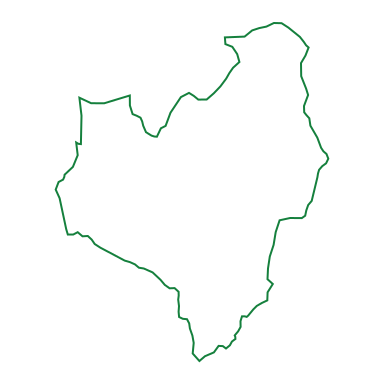 SVG path tracing the border of Anurādhapura
{"feature_id": "LKA-2455", "entity_name": "Anurādhapura", "entity_type": "District", "adm_level": 1, "iso_a3": "LKA", "parent_name": "Sri Lanka", "parent_adm1": "", "projection": "natural_earth1", "projection_center": [80.531, 8.366], "detail": "fine", "context": "isolated", "style": "outline", "palette": "green", "viewbox_px": 384, "rotation_deg": 0, "n_neighbors": 0, "source": "natural_earth", "source_scale": "10m", "svg_char_len": 1812}
<svg xmlns="http://www.w3.org/2000/svg" viewBox="0 0 384 384"><path d="M311.7,200.9L308.2,205.0L306.3,210.4L305.2,215.7L301.8,218.1L290.1,218.0L279.6,220.3L275.7,232.1L273.6,244.9L269.8,256.5L268.0,268.5L267.5,279.2L272.8,284.0L267.6,292.3L267.3,300.4L261.8,303.0L256.8,305.9L253.3,309.4L248.2,315.6L246.7,316.9L244.7,316.3L242.0,316.3L240.5,321.2L240.6,326.9L238.1,331.4L234.7,335.4L235.3,336.8L235.4,339.0L233.7,340.2L231.9,341.6L229.9,345.3L226.0,348.5L222.8,346.1L218.6,345.9L213.9,352.4L205.0,356.2L199.4,361.0L192.7,353.5L193.7,342.9L192.4,335.6L189.9,328.5L189.2,323.4L187.0,319.2L182.8,318.8L179.1,317.0L178.6,311.7L179.0,306.1L178.2,299.6L178.7,295.7L178.6,291.8L174.6,288.1L169.6,288.3L164.8,284.9L160.5,279.8L152.6,272.4L143.8,268.5L138.9,267.7L135.0,264.4L129.9,262.1L124.7,260.6L100.4,247.7L94.7,244.0L91.7,239.6L87.8,236.0L82.5,236.3L77.7,232.2L73.3,234.5L67.8,234.5L66.2,229.1L59.6,198.2L55.7,189.6L58.6,182.0L63.1,179.6L64.3,176.9L64.6,174.7L72.9,166.9L77.7,155.2L76.2,142.5L78.4,143.8L80.9,144.1L81.5,115.7L79.4,97.7L91.1,103.2L104.1,103.3L129.8,95.5L129.9,105.5L132.6,114.1L136.6,115.7L140.5,117.7L142.2,121.5L143.2,125.7L146.0,132.2L151.5,135.6L154.3,136.5L156.9,136.7L160.9,128.3L165.6,125.9L170.5,112.7L180.9,97.1L189.0,92.9L193.8,95.9L198.3,99.6L206.7,99.5L213.8,93.3L220.4,86.4L226.2,78.6L229.4,73.0L233.1,67.7L239.4,62.0L237.2,54.1L232.3,46.8L225.4,44.1L224.9,37.4L244.6,36.6L252.2,30.4L259.2,28.1L266.4,26.6L273.9,23.0L281.6,23.2L288.4,27.6L299.9,36.9L303.9,42.0L306.1,45.3L308.6,47.5L305.5,55.5L301.0,63.1L301.2,76.2L306.1,88.6L308.1,95.0L304.0,106.0L304.2,112.3L306.5,115.2L309.3,118.3L310.4,125.7L317.3,137.6L321.1,147.8L323.4,151.3L326.5,154.0L328.3,158.7L326.1,163.3L322.3,166.1L319.1,169.8L318.0,173.5L317.4,177.3L311.7,200.9Z" fill="none" stroke="#15803d" stroke-width="2"/></svg>